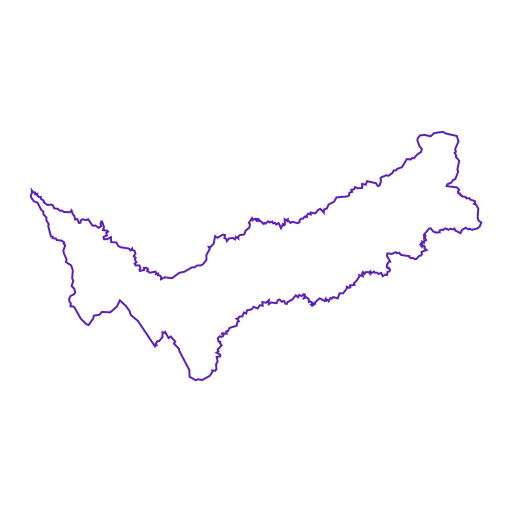 outline of Fundación, Magdalena, Colombia
{"feature_id": "7082276B77818351082127", "entity_name": "Fundación", "entity_type": "district", "adm_level": 2, "iso_a3": "COL", "parent_name": "Colombia", "parent_adm1": "Magdalena", "projection": "mercator", "projection_center": [-73.904, 10.46], "detail": "fine", "context": "isolated", "style": "outline", "palette": "violet", "viewbox_px": 512, "rotation_deg": 0, "n_neighbors": 0, "source": "geoboundaries", "source_scale": "gbopen_adm2", "svg_char_len": 6046}
<svg xmlns="http://www.w3.org/2000/svg" viewBox="0 0 512 512"><path d="M202.3,380.0L209.8,375.8L212.2,372.2L212.2,370.4L215.2,370.8L216.4,369.2L216.1,364.1L217.6,361.7L216.7,356.9L220.2,356.4L220.2,354.7L216.6,352.6L218.5,351.5L217.7,349.6L221.7,345.3L219.9,343.0L220.3,341.8L218.5,341.5L217.9,338.1L219.9,336.2L221.0,336.9L223.1,336.2L223.6,334.5L221.9,333.8L222.3,333.2L226.6,333.7L226.2,331.4L227.9,331.2L229.5,327.9L236.6,325.8L237.4,322.2L238.9,321.2L236.6,318.7L238.4,318.3L239.3,316.6L242.3,316.4L243.9,312.5L246.2,313.5L247.0,310.3L251.6,309.4L253.6,306.8L257.7,308.5L259.8,305.3L262.7,305.7L262.3,302.1L266.1,302.7L268.8,300.1L268.7,304.2L271.3,302.5L276.6,303.2L277.8,300.2L279.6,299.5L281.6,301.7L283.8,300.9L285.6,303.8L286.8,303.9L287.4,302.2L292.2,299.6L295.8,295.3L298.0,297.3L299.1,295.0L301.6,296.0L303.9,294.1L305.0,295.1L303.9,298.3L306.2,297.2L308.6,298.8L308.8,302.0L310.6,301.4L313.1,303.4L311.0,304.5L312.1,305.8L315.1,303.8L315.0,302.4L319.7,298.3L324.6,301.0L325.8,298.7L326.4,300.6L327.6,299.9L328.7,301.3L330.5,297.9L331.9,298.6L333.2,297.0L337.7,298.4L339.6,293.3L343.2,293.3L346.9,288.4L346.8,286.8L349.2,287.9L350.3,287.3L349.9,285.4L354.5,285.0L353.9,283.3L356.8,280.5L359.3,276.5L359.3,275.0L362.9,276.2L362.1,273.3L362.9,272.0L364.6,273.9L365.6,272.1L368.9,272.1L370.0,273.7L370.5,271.6L371.6,273.1L374.0,271.6L374.7,272.7L377.1,272.7L378.5,273.9L381.2,272.9L382.7,276.2L385.2,274.6L386.6,274.7L386.9,275.8L387.5,271.9L389.4,271.4L390.1,269.6L388.7,267.7L387.9,268.2L386.7,267.1L387.0,264.5L388.9,261.9L390.2,261.6L386.9,255.7L387.5,253.4L391.9,253.9L395.6,252.2L396.9,253.2L399.2,252.8L401.1,255.0L409.4,256.2L409.4,257.2L411.1,258.2L412.8,257.9L414.9,259.2L416.5,258.8L419.4,255.7L421.1,255.5L421.9,254.2L421.5,251.9L426.6,250.0L424.5,248.3L424.8,246.7L423.0,245.6L422.0,246.9L421.3,245.8L422.5,245.2L420.4,244.5L421.4,242.9L422.7,242.8L422.4,241.7L424.1,242.5L424.3,240.7L426.0,240.3L425.2,237.9L424.1,238.3L424.2,236.5L425.5,235.7L425.0,235.0L424.2,235.7L423.8,234.9L429.2,228.5L430.7,228.3L433.2,231.5L436.1,232.6L439.7,232.3L439.6,230.5L441.9,229.6L442.8,230.2L445.3,228.4L448.6,229.8L450.7,228.6L452.8,229.5L454.5,228.6L455.4,230.6L460.5,233.1L462.0,229.9L465.7,227.8L468.5,229.4L469.5,228.8L472.1,229.8L477.2,228.5L479.7,226.5L481.3,222.6L478.7,220.7L477.6,218.1L478.3,208.6L476.0,204.6L474.1,203.8L475.2,202.9L474.8,201.1L470.1,199.5L469.5,198.2L466.5,198.4L465.7,197.1L461.7,196.2L461.4,195.1L459.8,194.7L459.9,193.5L458.2,193.1L458.0,191.5L459.2,189.8L456.9,187.4L446.6,186.1L447.4,184.2L451.2,182.7L452.9,180.1L455.3,179.1L458.2,171.5L457.4,169.7L459.2,160.8L455.9,156.9L456.2,155.4L454.6,152.8L455.9,151.8L455.1,149.2L458.5,141.4L456.8,136.0L445.8,133.5L442.9,131.8L434.2,133.1L430.6,136.3L424.7,134.9L420.0,135.4L417.8,138.2L417.4,140.4L419.5,146.2L421.9,149.2L421.0,152.0L417.1,154.6L413.9,158.3L411.7,158.2L410.8,159.5L406.8,159.1L401.9,167.2L397.1,168.9L396.2,170.3L393.7,170.5L392.4,173.0L388.5,175.8L386.3,175.3L381.5,177.2L380.5,178.2L381.0,181.1L379.6,185.4L377.9,186.1L375.9,183.2L367.1,181.2L365.7,184.7L362.1,184.0L362.2,187.9L357.7,188.3L355.1,187.0L354.0,189.4L351.3,189.8L352.1,191.9L349.4,192.7L349.0,195.5L347.4,196.4L336.5,197.4L334.1,201.7L328.6,204.5L326.8,208.5L323.9,209.6L323.8,212.6L320.3,208.9L318.1,209.9L315.2,213.4L310.6,212.5L310.7,214.5L308.2,213.7L306.7,215.6L306.9,217.0L304.6,216.6L303.2,218.6L301.1,218.7L299.5,220.5L299.5,222.2L297.8,223.2L292.6,221.8L290.4,222.9L289.4,221.4L287.5,221.3L287.8,219.3L286.1,220.1L284.7,219.2L284.9,224.5L284.1,225.3L282.9,224.1L281.0,228.2L278.6,223.1L276.1,224.5L275.0,222.8L273.1,223.3L272.3,221.5L269.8,222.5L268.1,221.3L265.3,223.7L264.2,222.9L263.3,223.8L260.4,220.9L259.1,221.1L258.7,219.1L256.8,219.0L258.0,220.7L257.1,221.1L254.5,218.8L252.6,220.2L251.9,218.2L248.9,222.9L250.0,224.2L249.3,227.8L245.8,230.3L244.2,234.4L239.9,235.1L238.1,237.1L238.3,238.5L236.0,236.8L235.0,239.4L233.1,238.0L229.0,238.4L226.9,241.1L226.1,238.8L224.4,238.0L225.0,235.0L222.8,234.6L217.3,237.8L215.1,236.1L213.7,243.6L210.6,247.0L208.7,246.9L209.8,248.9L206.4,255.0L206.4,259.9L203.0,264.2L201.3,265.3L196.8,265.6L194.8,267.3L192.0,267.3L184.2,271.8L179.3,272.8L172.0,278.2L164.8,277.3L161.0,279.2L161.1,276.8L159.6,275.3L157.8,275.3L158.0,273.5L155.9,274.0L155.6,271.6L150.0,272.7L147.2,271.0L148.1,269.2L146.5,267.9L144.0,267.9L144.2,269.9L139.9,271.0L139.4,269.8L140.4,268.2L139.4,265.4L135.6,265.4L134.6,263.5L136.4,262.4L134.7,259.0L135.6,257.8L133.7,256.1L135.5,253.7L134.5,250.8L132.3,250.0L132.1,248.6L130.6,250.4L129.0,248.6L120.1,247.1L118.2,245.9L116.4,242.5L111.2,242.1L110.9,237.1L107.2,239.2L104.0,239.2L103.5,236.9L106.9,235.5L106.2,233.1L108.1,231.7L107.1,230.7L103.0,230.1L104.0,227.1L102.0,221.5L101.2,221.6L100.6,224.0L101.1,226.3L98.6,227.8L95.6,225.6L92.5,225.6L88.1,219.2L86.7,220.1L82.3,219.3L81.0,220.3L80.4,222.8L79.0,223.0L77.3,219.1L75.0,219.5L74.5,216.1L72.8,214.2L71.5,210.4L70.2,212.2L64.0,212.0L61.8,210.6L59.9,210.8L58.0,208.9L54.1,208.3L53.0,205.5L51.5,204.6L47.5,205.0L43.6,202.2L43.7,200.6L41.0,198.9L40.8,197.0L39.2,197.1L37.3,195.5L37.3,193.7L35.2,194.3L35.1,192.5L33.2,192.3L31.8,190.4L31.9,193.3L30.7,195.7L31.5,198.1L34.0,201.3L37.6,202.7L41.0,209.5L43.4,211.8L43.4,214.3L46.4,217.5L46.3,220.2L48.8,224.2L48.2,226.0L50.9,236.3L52.6,236.7L52.6,238.1L56.0,238.6L56.7,240.0L61.8,240.7L64.3,242.6L63.7,243.6L65.2,245.4L63.4,250.2L63.7,253.0L66.5,259.1L66.0,262.1L70.8,265.1L71.8,267.0L72.8,270.5L72.2,278.4L73.3,280.8L71.6,286.1L74.2,288.6L75.2,292.5L74.1,294.2L70.5,296.0L69.2,298.7L69.3,301.2L70.8,303.4L70.5,306.3L72.9,306.3L74.5,307.5L80.8,318.7L86.6,324.4L88.6,325.1L93.3,318.3L93.7,315.7L99.5,314.7L102.0,311.9L110.2,312.4L116.7,306.8L119.9,300.4L125.8,305.9L129.5,310.9L130.8,315.0L137.9,320.9L154.9,346.3L155.4,345.2L156.6,345.2L155.8,343.6L157.4,341.2L159.2,341.0L162.5,337.1L162.5,332.3L164.3,332.8L165.1,331.9L168.6,338.1L170.7,336.5L175.3,341.7L173.9,343.6L178.9,348.6L179.3,350.9L189.3,370.0L189.6,376.8L195.7,380.2L198.0,379.3L202.3,380.0Z" fill="none" stroke="#5b21b6" stroke-width="2"/></svg>